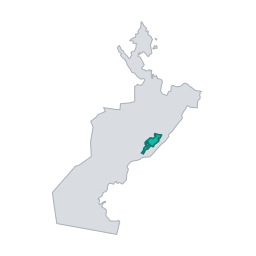 Jondor, Bukhoro, Uzbekistan (highlighted), rotated 275°
{"feature_id": "79887680B67164743475948", "entity_name": "Jondor", "entity_type": "district", "adm_level": 2, "iso_a3": "UZB", "parent_name": "Uzbekistan", "parent_adm1": "Bukhoro", "projection": "orthographic", "projection_center": [63.66, 39.945], "detail": "fine", "context": "in_parent", "style": "filled", "palette": "teal", "viewbox_px": 256, "rotation_deg": 275, "n_neighbors": 0, "source": "geoboundaries", "source_scale": "gbopen_adm2", "svg_char_len": 5194}
<svg xmlns="http://www.w3.org/2000/svg" viewBox="0 0 256 256"><g transform="rotate(275 128 128)"><path d="M203.0,112.6L206.8,110.4L209.1,111.5L209.3,112.2L207.0,113.8L205.0,114.8L204.5,116.6L202.4,117.6L200.4,120.2L197.3,123.0L197.3,123.5L197.6,123.9L198.7,124.1L201.1,125.4L203.1,124.4L203.7,124.5L204.3,125.3L205.1,127.5L206.1,128.1L209.3,129.0L211.6,128.8L212.9,129.2L213.0,129.0L212.9,125.6L213.9,126.1L214.9,125.5L215.2,123.8L214.9,122.7L215.6,122.0L216.0,122.4L216.2,123.4L217.4,124.0L218.3,125.6L218.8,127.5L221.0,127.8L221.7,127.4L222.3,127.5L222.8,129.9L223.2,130.1L225.0,129.4L226.9,130.3L228.9,131.9L231.1,131.8L231.6,132.1L233.1,131.7L234.9,132.0L235.0,132.3L234.7,132.7L230.7,135.4L229.7,137.1L228.8,137.7L226.2,137.1L225.9,138.1L226.5,139.0L226.0,140.0L224.6,139.8L224.3,139.3L223.1,139.7L221.8,141.4L221.2,142.9L219.8,143.4L218.0,144.9L217.2,143.9L215.8,144.2L213.9,143.3L213.0,143.1L204.9,145.2L204.2,145.1L203.2,143.3L201.1,142.5L201.1,141.6L205.0,137.4L205.4,136.2L204.0,135.7L204.1,134.7L201.2,131.8L200.7,131.7L200.3,131.8L199.5,134.2L192.5,138.6L191.5,138.3L189.7,136.9L188.6,136.5L187.4,137.8L187.6,139.2L186.3,140.5L187.8,144.3L187.7,144.9L186.7,145.1L187.5,146.5L187.0,146.7L183.4,146.4L179.4,147.5L179.6,148.1L183.2,147.8L183.7,148.1L183.8,148.5L183.6,148.9L181.7,149.3L181.6,149.9L182.7,151.6L182.3,152.0L181.5,151.8L181.1,152.9L179.8,152.9L179.4,156.4L178.4,157.6L177.1,158.2L168.3,157.1L166.1,158.3L164.7,159.9L163.9,163.6L164.0,164.0L167.8,165.3L168.5,167.5L173.0,167.5L173.8,167.8L174.2,168.4L174.4,169.0L173.3,172.7L173.9,175.9L174.8,177.4L177.6,180.1L177.5,181.7L177.0,183.1L176.3,184.4L175.5,184.9L174.5,186.5L173.5,188.5L171.7,191.0L171.1,192.5L171.1,196.5L170.6,197.7L170.5,197.2L169.8,196.8L167.8,196.8L167.4,196.3L164.8,197.3L163.2,197.0L161.4,195.4L158.2,194.9L154.2,195.4L154.0,191.3L154.1,188.2L155.3,185.7L155.3,185.2L154.6,184.4L152.1,183.8L149.3,182.0L146.6,180.8L145.1,180.4L143.4,181.2L141.9,181.0L134.9,176.1L128.9,172.6L124.9,169.0L123.0,169.4L117.8,166.0L114.5,162.4L103.6,154.3L101.5,152.3L101.0,151.3L100.2,146.4L99.3,144.1L97.9,142.9L96.8,140.5L95.1,134.7L94.5,133.7L91.3,131.2L89.5,130.5L88.1,130.9L87.4,131.8L86.3,131.9L81.7,130.8L76.5,131.0L72.1,127.9L71.8,127.5L71.9,126.6L72.8,124.7L72.7,123.9L72.1,122.9L72.1,121.9L72.6,121.4L73.4,121.6L73.7,121.3L73.6,120.8L72.6,119.5L70.6,118.3L71.1,117.6L71.2,115.7L71.6,114.8L71.3,114.4L69.9,113.0L64.9,112.7L63.7,112.2L62.8,111.6L61.9,109.5L61.5,109.0L58.1,108.0L54.8,104.2L54.0,105.8L53.3,106.0L50.7,105.5L49.3,106.4L52.3,110.2L53.0,111.4L52.9,112.0L52.0,112.1L51.2,110.3L50.7,109.8L47.7,108.6L46.6,109.7L46.2,111.0L44.7,113.4L43.1,113.7L39.4,113.5L38.3,114.0L37.4,114.6L35.9,116.6L33.9,118.1L34.1,124.9L35.2,126.6L33.8,128.0L21.0,126.0L26.6,65.4L44.5,61.1L57.2,58.3L85.0,78.7L85.7,79.5L86.0,81.2L86.7,82.5L96.4,93.9L111.0,91.9L125.9,93.1L131.4,90.3L135.9,95.2L138.7,96.9L142.5,104.0L146.1,102.0L145.7,110.6L145.4,113.3L145.5,118.4L151.5,118.4L153.0,126.6L154.6,131.8L155.9,132.4L167.3,131.2L168.2,131.5L169.8,130.9L171.0,132.5L172.2,133.6L171.5,137.3L173.0,138.6L176.3,140.2L178.3,140.0L178.6,139.4L178.5,138.5L178.0,137.7L177.9,136.6L178.2,135.8L179.9,132.9L182.9,130.1L183.5,129.0L183.7,127.3L184.7,126.3L187.3,125.0L187.7,124.2L190.8,121.8L194.3,120.2L195.9,119.0L197.3,116.8L199.5,114.4L200.4,114.3L201.1,114.9L201.6,114.9L203.0,112.6ZM203.9,133.1L203.4,132.0L202.8,131.7L202.5,131.9L203.6,133.1L203.9,133.1ZM212.3,149.8L209.8,149.9L210.1,148.3L209.2,147.6L208.9,146.8L209.1,146.0L209.6,145.7L210.4,146.8L212.4,147.2L211.8,148.3L212.4,149.5L212.3,149.8ZM219.5,147.4L219.2,148.9L218.0,148.4L218.2,148.0L219.5,147.4Z" fill="#d9dde1" stroke="#a8b0b8" stroke-width="1"/><path d="M111.7,147.9L111.6,147.5L110.6,146.4L109.0,145.4L108.7,145.4L108.5,145.7L107.4,145.5L104.3,143.7L104.1,144.4L104.1,145.0L103.6,145.5L104.9,146.2L106.6,146.9L107.9,147.6L108.9,148.5L108.6,149.4L109.6,150.3L110.8,150.9L111.4,151.5L111.8,152.2L112.4,152.5L112.5,152.8L112.0,153.7L111.6,153.9L111.8,155.1L112.5,155.1L113.2,155.4L114.2,156.1L114.9,156.8L115.4,157.6L116.4,158.3L116.6,158.8L116.7,159.1L117.2,159.3L117.4,159.6L117.9,159.8L118.2,159.7L118.5,159.8L118.9,159.4L119.2,159.0L119.4,159.0L118.9,159.7L119.2,159.8L119.3,159.9L119.7,159.4L119.9,159.1L120.1,159.1L120.1,159.3L120.0,159.6L120.8,159.7L121.2,159.7L120.9,160.9L122.5,161.5L123.9,162.1L124.0,161.6L124.2,160.5L124.0,159.4L124.1,158.4L124.1,157.9L124.3,157.6L124.5,157.2L124.4,156.7L124.4,156.2L124.6,155.9L124.4,155.8L124.4,155.6L124.7,155.6L124.7,155.4L124.2,155.6L124.0,155.3L123.8,155.4L123.7,155.0L123.4,155.1L123.1,155.2L123.2,155.5L122.9,155.7L122.4,156.1L122.3,156.5L119.6,153.8L120.2,152.3L120.1,151.9L120.1,151.0L119.4,150.8L119.4,150.4L118.5,149.7L118.5,149.2L118.2,149.0L117.6,149.1L117.0,148.3L117.0,147.6L116.2,147.6L115.8,146.9L115.2,146.3L114.9,146.7L113.8,146.4L113.1,146.7L113.1,147.0L113.0,147.5L112.9,147.7L114.0,147.7L114.3,148.0L115.9,148.0L116.3,148.3L116.1,148.8L115.5,148.8L115.3,149.0L115.2,149.3L114.2,149.5L114.0,149.4L113.7,150.0L113.7,150.6L113.6,151.2L113.2,151.2L113.1,150.6L113.3,150.0L112.0,149.0L111.1,149.2L110.9,149.0L111.0,148.3L111.7,148.1L111.7,147.9Z" fill="#14b8a6" stroke="#0f766e" stroke-width="1.5"/></g></svg>